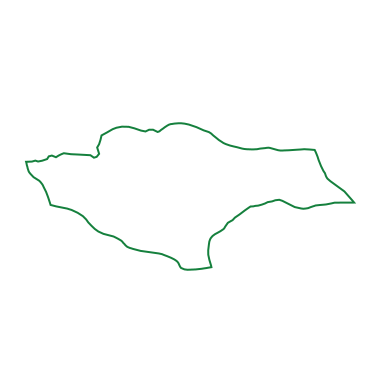 Mahaxay, Khammouan, Laos, rotated 349°
{"feature_id": "54806243B31598332414602", "entity_name": "Mahaxay", "entity_type": "district", "adm_level": 2, "iso_a3": "LAO", "parent_name": "Laos", "parent_adm1": "Khammouan", "projection": "mercator", "projection_center": [105.318, 17.348], "detail": "fine", "context": "isolated", "style": "outline", "palette": "green", "viewbox_px": 384, "rotation_deg": 349, "n_neighbors": 0, "source": "geoboundaries", "source_scale": "gbopen_adm2", "svg_char_len": 2898}
<svg xmlns="http://www.w3.org/2000/svg" viewBox="0 0 384 384"><g transform="rotate(349 192 192)"><path d="M320.4,174.1L315.1,172.6L310.3,171.4L306.7,171.0L303.7,170.6L295.0,169.5L292.5,169.1L289.9,168.7L288.3,168.5L286.5,168.1L284.5,167.4L279.1,164.7L276.9,163.6L275.5,163.1L274.5,163.0L273.7,162.9L272.7,162.9L271.5,162.8L270.4,162.7L267.2,162.4L264.0,162.4L259.8,161.8L257.1,161.2L253.7,160.4L251.4,159.7L249.4,158.9L244.9,156.7L241.5,155.2L238.1,153.6L234.3,151.4L232.2,149.9L230.9,148.6L228.3,146.1L226.4,143.8L223.6,140.5L222.0,138.3L221.2,137.5L220.0,136.4L215.2,133.7L208.8,129.2L201.8,125.2L197.8,123.5L194.6,122.5L191.4,121.9L187.9,121.5L185.1,121.4L184.1,121.3L182.3,121.5L180.4,122.1L179.2,122.6L177.5,123.3L175.7,124.2L173.4,125.2L172.0,126.0L171.2,126.3L169.7,126.5L165.6,123.4L161.8,122.7L157.9,123.7L153.7,122.0L147.6,118.5L142.2,115.9L135.7,114.5L130.1,114.5L126.1,115.2L120.0,117.3L114.0,119.2L112.1,123.4L109.9,127.4L107.4,130.2L108.1,136.8L105.1,139.3L102.3,139.6L99.3,136.5L86.2,133.2L80.4,131.8L73.6,129.5L71.9,129.8L70.1,130.2L68.0,130.8L65.1,131.9L61.4,129.5L58.2,129.7L56.1,132.0L50.9,132.7L46.7,132.7L44.2,131.3L40.7,131.6L34.9,130.7L35.0,131.8L35.0,133.1L35.0,133.3L35.0,134.3L35.2,136.0L35.2,137.4L35.4,138.8L35.6,140.5L36.0,141.7L36.9,143.4L39.3,147.2L44.2,151.8L45.3,153.5L46.5,155.9L46.9,157.0L47.2,158.3L47.6,159.8L48.8,164.1L49.2,166.5L49.5,168.2L49.8,170.1L50.5,175.7L50.7,177.7L55.9,180.2L66.4,184.5L68.2,185.5L70.3,186.6L72.5,188.2L75.8,190.6L80.3,194.9L82.9,198.8L84.4,202.1L86.9,206.0L89.5,209.7L92.5,212.9L97.1,216.2L106.5,220.7L108.6,222.3L110.6,223.9L112.2,225.3L113.4,226.4L114.2,227.6L114.9,229.0L115.7,230.1L116.5,231.6L118.0,233.5L120.2,235.0L121.8,235.8L123.0,236.5L130.3,240.0L147.7,246.0L150.7,247.3L152.5,248.5L155.6,250.4L158.9,252.6L161.5,254.6L162.8,255.8L164.2,257.4L165.0,258.9L165.4,260.3L165.7,261.7L166.1,263.1L166.7,264.4L168.3,265.5L169.8,266.5L172.8,267.5L175.4,267.9L180.8,268.7L184.3,269.0L186.7,269.2L189.6,269.3L191.4,269.4L193.1,269.4L196.7,269.5L196.7,268.0L196.1,262.0L196.0,256.7L196.3,255.0L196.8,252.3L198.6,246.7L199.5,244.1L200.4,242.5L201.3,241.2L202.4,240.2L203.8,239.1L206.5,237.8L209.4,236.9L212.4,235.9L215.9,234.4L216.8,233.7L218.0,232.3L221.3,229.1L224.5,228.0L226.4,227.4L229.3,225.3L234.4,223.1L240.5,220.1L245.0,218.1L246.7,217.4L249.5,217.8L251.4,217.7L254.4,218.0L258.2,217.7L261.5,217.2L264.3,216.4L268.9,216.5L272.2,216.0L276.2,216.3L279.0,217.9L290.0,226.4L296.0,229.0L298.1,229.7L300.2,229.9L302.9,230.0L305.6,229.5L307.8,229.2L309.6,229.0L310.6,228.8L315.4,229.2L318.1,229.5L321.1,229.8L323.8,229.8L326.8,229.8L329.1,229.7L330.1,229.7L349.1,233.3L347.9,231.1L341.7,220.5L329.9,207.8L328.5,206.0L327.5,204.7L326.9,203.3L326.5,201.8L326.1,198.9L325.7,198.0L325.0,196.3L323.6,191.2L322.4,184.8L322.0,181.3L321.4,178.1L320.9,175.8L320.4,174.2L320.4,174.1Z" fill="none" stroke="#15803d" stroke-width="2"/></g></svg>